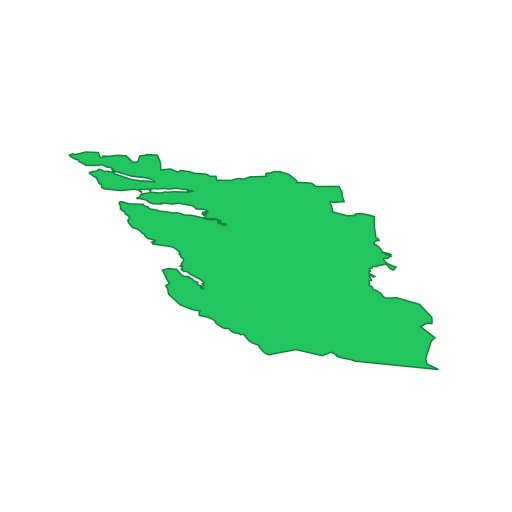 Surnadal nor, Møre og Romsdal, Norway (Equal Earth projection), rotated 17°
{"feature_id": "86288312B76061639437413", "entity_name": "Surnadal nor", "entity_type": "district", "adm_level": 2, "iso_a3": "NOR", "parent_name": "Norway", "parent_adm1": "Møre og Romsdal", "projection": "equal_earth", "projection_center": [8.642, 62.923], "detail": "fine", "context": "isolated", "style": "filled", "palette": "green", "viewbox_px": 512, "rotation_deg": 17, "n_neighbors": 0, "source": "geoboundaries", "source_scale": "gbopen_adm2", "svg_char_len": 6102}
<svg xmlns="http://www.w3.org/2000/svg" viewBox="0 0 512 512"><g transform="rotate(17 256 256)"><path d="M48.2,213.8L49.2,214.4L48.9,214.8L54.4,216.1L58.0,216.1L59.2,217.5L65.4,218.5L66.4,219.1L75.1,216.7L75.6,216.1L77.1,216.0L81.9,213.7L88.0,214.5L89.8,214.0L93.7,214.2L93.2,214.4L93.8,214.6L93.2,215.3L94.1,215.5L93.6,215.7L93.9,215.8L93.7,216.2L94.6,216.8L101.1,215.8L100.3,216.2L113.8,216.0L129.8,213.1L135.5,213.5L137.1,214.6L134.9,215.5L131.8,215.5L131.8,216.2L126.1,216.9L124.0,218.2L120.7,218.2L117.6,219.0L113.2,219.3L95.4,218.8L96.2,218.6L95.9,217.7L89.4,218.4L86.1,219.5L81.6,218.8L79.8,219.4L79.8,220.7L79.1,221.2L74.5,223.2L72.3,225.0L72.6,225.6L73.7,226.0L81.5,228.3L81.5,229.2L83.9,231.1L83.8,231.6L84.9,232.7L86.7,232.7L88.0,233.9L88.3,235.6L90.7,235.8L91.0,236.2L107.5,232.9L120.3,227.7L123.8,227.3L127.4,228.5L127.6,228.2L127.1,227.7L124.8,227.0L125.8,226.0L130.9,224.7L133.1,223.4L135.9,224.8L136.2,224.2L134.8,223.3L139.7,221.0L142.5,220.6L148.8,218.1L153.2,217.4L161.1,214.1L166.4,213.7L170.2,212.5L170.2,212.9L171.3,212.8L170.9,213.2L171.3,213.6L171.7,213.2L172.9,213.3L172.0,214.0L172.9,213.5L173.0,213.2L176.3,212.0L176.8,212.3L175.1,212.6L172.9,213.7L174.2,213.9L174.5,213.0L174.9,213.6L172.3,214.9L159.1,218.4L153.0,220.8L149.7,221.6L148.6,222.7L145.5,223.9L136.6,225.8L135.8,226.7L130.0,229.4L128.6,229.4L128.9,230.5L127.4,231.6L127.8,233.5L125.2,235.5L126.0,235.9L127.7,235.1L134.5,234.6L138.7,236.1L142.6,236.1L150.6,233.8L150.9,233.6L150.2,233.3L153.1,232.1L161.0,230.8L161.3,230.2L163.6,229.7L165.8,228.3L180.2,226.5L182.8,227.0L184.6,228.3L186.5,228.3L191.9,226.6L195.8,226.7L197.0,227.6L196.9,228.2L194.9,228.4L192.4,229.7L192.4,230.3L193.1,229.4L195.7,228.9L196.0,229.2L195.4,229.3L195.4,229.8L195.5,229.6L195.9,229.8L195.4,229.9L195.7,230.4L194.9,230.5L194.7,231.0L195.9,231.2L195.9,230.5L195.9,231.2L196.4,231.2L193.6,231.7L193.5,231.2L192.8,230.7L193.4,231.7L192.5,231.7L192.3,230.7L192.1,232.2L192.3,231.8L195.4,231.5L195.5,232.3L193.3,232.4L195.6,232.3L197.1,234.1L195.9,234.3L196.9,234.7L199.6,234.6L201.8,233.3L202.4,233.6L201.1,234.4L202.3,234.2L203.2,233.5L201.9,233.3L206.5,232.1L208.5,232.6L211.1,232.2L212.2,232.9L212.5,233.9L213.1,234.1L213.8,234.5L212.6,234.0L212.9,234.4L212.5,234.1L212.0,234.6L212.3,234.1L211.9,234.0L211.5,232.6L209.8,232.9L210.1,233.7L209.5,233.5L209.3,233.9L211.0,234.9L215.6,235.4L216.6,234.7L215.7,234.3L215.4,233.9L216.8,234.7L217.9,234.3L218.1,234.8L217.0,235.0L217.5,235.3L216.2,235.6L216.6,236.1L215.9,236.3L215.8,235.7L210.3,235.7L209.7,235.3L211.7,235.6L209.8,235.2L208.6,233.3L206.6,232.6L204.0,234.2L204.5,234.2L199.0,235.3L190.1,235.3L182.1,236.0L176.1,237.7L170.4,237.4L166.5,238.1L164.5,239.1L155.7,240.2L151.2,241.3L147.7,241.2L141.6,241.9L140.1,241.8L138.5,240.6L134.6,240.9L132.7,239.6L119.6,243.2L111.7,243.3L110.2,243.8L109.5,245.0L110.8,246.7L110.6,247.0L112.0,247.8L112.0,249.1L113.1,250.1L112.7,250.3L112.6,250.6L113.4,250.5L114.2,251.6L115.9,251.6L118.1,253.0L118.5,253.8L122.9,255.3L123.8,256.9L123.6,257.7L124.1,258.0L123.6,257.8L123.1,258.6L122.7,258.5L123.2,258.8L122.9,259.2L123.6,259.9L123.8,261.1L129.7,265.0L133.6,264.8L138.2,266.0L140.0,267.4L142.5,267.7L144.1,269.3L147.2,270.9L153.5,270.3L153.5,270.8L154.4,270.6L153.8,271.2L154.8,271.5L155.1,271.1L155.2,272.5L152.4,272.8L152.1,273.3L154.0,274.2L154.1,274.7L170.9,272.0L174.1,271.8L176.6,272.5L181.4,274.4L182.3,275.7L182.1,277.0L183.8,277.2L184.3,279.1L187.0,279.7L188.0,281.0L187.9,282.8L186.9,284.8L187.3,285.8L186.7,287.4L185.8,288.1L188.9,287.6L188.6,288.2L189.5,289.7L188.3,290.3L188.4,290.9L191.5,291.7L194.7,291.2L199.3,292.8L209.5,294.6L214.4,296.7L212.8,298.4L214.5,299.1L213.8,301.0L214.4,301.2L213.6,301.0L212.7,302.4L213.5,303.0L215.1,302.4L215.3,302.5L213.5,303.1L212.6,302.9L212.2,301.8L212.9,301.1L213.0,300.5L212.7,301.0L212.3,300.4L211.2,300.6L211.8,300.9L209.1,300.4L207.5,299.6L208.0,298.4L203.7,297.9L202.1,296.8L197.5,295.6L193.9,296.3L190.6,296.1L183.8,291.9L175.5,293.9L170.5,296.9L175.5,301.7L177.5,304.5L181.6,307.8L178.3,310.6L181.3,313.6L183.6,318.1L197.7,324.8L210.0,325.9L218.6,324.9L218.3,327.0L219.2,329.4L227.9,328.6L233.6,329.3L236.5,330.5L236.8,331.4L238.0,332.3L245.2,334.4L247.4,334.4L251.3,333.3L254.7,335.2L257.7,335.9L261.6,335.1L264.6,335.7L266.8,334.4L273.8,339.0L278.3,340.3L284.5,340.5L285.7,341.1L285.7,342.3L292.1,346.0L296.8,346.8L321.7,333.8L348.5,331.9L355.8,326.1L362.0,326.8L362.3,327.4L361.9,327.9L365.4,328.5L378.2,327.3L382.0,327.5L463.8,311.2L451.0,309.3L448.3,304.6L448.5,286.3L451.0,281.9L434.0,275.4L439.2,270.1L443.8,269.3L443.9,268.2L442.1,263.3L426.6,254.5L402.8,254.8L393.2,258.2L392.0,258.2L389.6,257.7L385.5,254.8L384.0,254.9L382.1,253.9L377.7,253.9L376.5,251.7L372.5,250.6L372.6,249.1L371.6,247.0L372.0,246.1L373.4,245.5L371.5,243.2L370.1,242.4L370.7,241.6L369.5,240.7L374.4,241.8L375.6,240.8L368.9,239.5L368.5,238.3L369.9,236.9L368.0,234.9L370.6,233.3L370.3,232.6L370.8,231.9L375.1,230.7L375.6,229.0L377.8,228.7L382.4,225.6L388.3,229.0L391.5,229.4L393.1,225.6L389.1,225.6L381.9,224.4L381.7,223.7L379.2,222.2L378.9,221.4L379.5,220.6L382.1,220.1L384.0,218.0L383.9,217.4L385.0,217.0L383.7,216.3L378.8,216.4L378.2,216.1L382.0,215.6L384.5,216.1L385.0,215.3L381.9,214.8L376.0,215.5L372.3,212.2L367.8,210.4L365.5,210.1L365.7,209.4L365.2,208.3L365.9,206.9L367.0,205.9L369.2,205.4L367.6,203.6L365.5,203.8L360.6,193.3L357.7,183.8L351.5,183.8L343.6,184.8L339.0,186.7L338.1,188.6L331.4,190.9L316.2,191.5L315.8,189.6L311.0,182.7L315.8,181.5L324.5,178.2L320.1,172.4L320.0,170.6L319.0,169.1L315.0,165.2L293.0,172.0L288.4,170.2L283.8,170.9L273.9,173.6L272.6,172.0L264.0,168.5L254.1,168.3L248.6,170.0L245.1,172.7L241.9,173.7L241.2,174.9L242.9,176.7L227.0,182.1L221.9,186.0L216.2,187.1L209.7,191.1L196.2,195.1L194.4,191.5L188.9,193.2L184.9,192.2L173.8,194.8L167.3,194.9L159.1,196.2L156.7,198.6L148.8,197.8L139.8,201.6L138.0,196.2L136.4,193.4L132.1,188.4L121.7,191.0L121.8,191.4L115.5,194.5L115.4,200.5L111.0,202.5L102.6,198.2L94.3,200.1L85.1,204.1L80.8,205.0L81.6,205.8L78.4,207.4L74.8,203.2L62.9,206.3L54.2,211.5L50.7,212.0L48.2,213.8Z" fill="#22c55e" stroke="#15803d" stroke-width="1.5"/></g></svg>